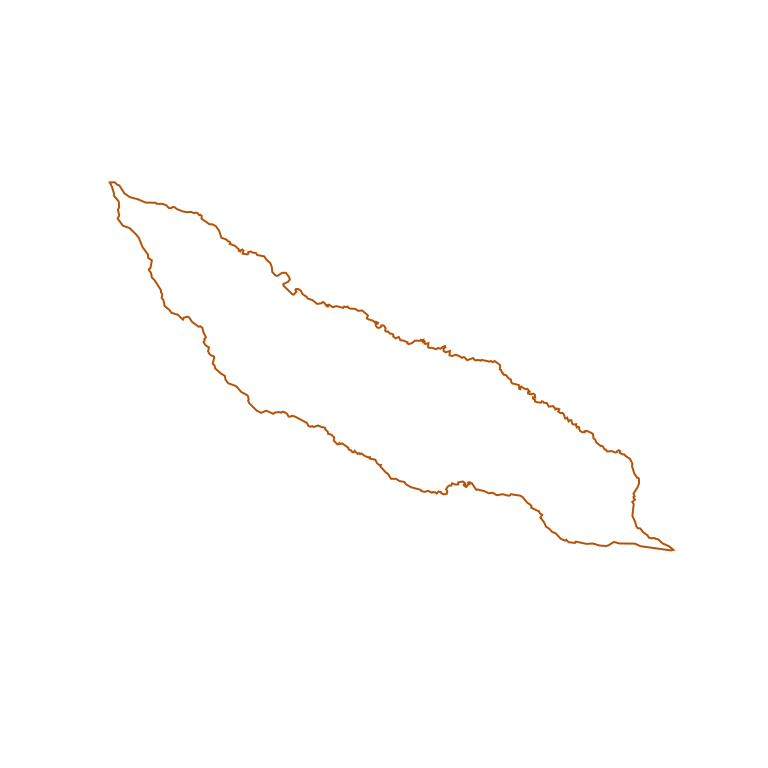 Campos de Júlio, Mato Grosso, Brazil (Robinson projection), rotated 293°
{"feature_id": "56859067B17254168333074", "entity_name": "Campos de Júlio", "entity_type": "district", "adm_level": 2, "iso_a3": "BRA", "parent_name": "Brazil", "parent_adm1": "Mato Grosso", "projection": "robinson", "projection_center": [-59.168, -13.576], "detail": "fine", "context": "isolated", "style": "outline", "palette": "amber", "viewbox_px": 768, "rotation_deg": 293, "n_neighbors": 0, "source": "geoboundaries", "source_scale": "gbopen_adm2", "svg_char_len": 6134}
<svg xmlns="http://www.w3.org/2000/svg" viewBox="0 0 768 768"><g transform="rotate(293 384 384)"><path d="M428.0,535.7L426.9,531.4L427.2,529.7L428.2,529.3L428.8,526.9L430.0,526.4L430.7,528.4L433.2,526.9L433.5,525.2L431.9,523.6L431.5,520.3L432.9,519.8L433.8,521.1L435.6,517.9L434.7,517.0L434.5,515.6L435.3,511.3L434.3,510.6L432.5,511.6L432.3,510.5L435.7,508.5L434.7,501.8L435.2,500.6L437.6,499.2L437.9,496.4L439.8,493.0L439.3,490.3L440.4,489.6L440.6,488.1L442.6,486.3L442.7,484.9L446.0,484.0L447.0,482.8L448.4,476.9L446.6,475.9L447.0,473.3L445.8,472.4L444.4,464.4L443.2,463.9L443.0,461.4L441.6,459.1L441.6,457.8L442.7,455.9L438.4,451.2L440.0,447.7L439.7,446.4L438.6,445.7L439.2,441.7L438.8,438.2L436.5,436.0L436.0,433.0L440.1,431.8L437.2,428.2L437.9,425.8L439.8,425.0L441.8,426.2L442.8,425.5L441.2,423.6L438.6,422.3L438.3,419.6L436.8,418.9L436.2,417.6L436.2,414.4L434.9,411.2L435.3,409.9L439.0,408.9L437.1,406.7L437.1,405.4L439.1,404.9L439.3,403.9L438.4,403.4L440.0,403.0L439.3,402.3L439.1,399.9L438.5,401.8L436.0,395.5L432.6,393.8L430.3,391.1L430.5,389.7L431.6,389.4L431.5,384.5L430.7,382.0L433.1,379.2L430.5,376.8L431.4,373.9L432.8,373.5L433.4,372.4L432.8,369.5L433.9,367.4L433.0,365.2L433.6,364.2L435.9,363.7L437.5,361.7L437.6,360.3L436.9,358.6L435.7,359.0L434.5,358.3L433.4,356.7L433.4,355.4L435.0,353.2L436.5,353.3L437.0,354.5L438.0,354.6L438.1,352.2L436.9,351.9L438.0,349.2L437.4,343.9L437.8,342.5L440.8,342.5L443.1,335.3L441.3,331.5L441.9,328.2L440.1,323.1L440.2,321.4L441.1,320.3L439.7,318.4L439.7,317.0L438.1,316.5L437.1,309.7L434.7,307.1L435.5,302.3L434.8,301.2L433.5,302.1L433.1,301.0L435.3,297.7L435.6,295.6L433.8,294.8L431.6,291.1L433.3,285.3L432.9,280.4L434.0,278.7L434.9,273.9L437.4,270.9L437.9,268.1L437.0,265.9L435.9,265.7L434.7,267.3L431.0,266.0L430.7,264.9L435.2,253.1L436.6,252.3L440.7,255.8L443.5,256.5L445.6,254.5L448.0,250.3L446.6,246.8L441.9,243.7L441.5,242.1L443.4,237.4L447.8,235.0L450.8,232.1L452.4,227.5L454.7,223.8L453.4,218.0L453.3,216.6L454.5,215.1L453.6,211.5L453.9,209.5L452.3,207.5L450.9,208.2L449.9,207.4L448.7,203.0L452.0,202.5L452.4,200.9L451.1,199.8L449.8,199.9L449.9,198.2L451.3,197.6L453.0,192.7L452.6,187.3L454.1,187.3L454.6,186.3L454.4,185.0L455.4,182.5L455.1,177.2L460.6,172.4L463.6,167.6L463.9,163.6L462.9,160.9L464.8,151.5L467.6,150.5L468.0,148.8L467.2,148.0L468.5,145.6L468.2,143.7L467.1,142.7L467.0,139.0L465.2,135.6L464.2,131.4L464.1,124.8L464.9,122.5L464.5,120.5L462.7,119.3L461.9,117.3L463.5,113.6L463.1,109.2L461.1,104.6L461.6,103.0L457.9,93.8L457.9,85.2L456.7,77.1L458.1,70.4L463.3,62.9L463.3,60.1L464.5,57.5L462.4,52.8L459.1,56.7L454.1,60.8L451.7,61.9L448.5,68.3L447.3,69.1L443.2,71.1L440.3,71.1L435.7,74.4L432.2,74.2L427.7,81.7L428.1,88.9L424.6,97.8L422.6,101.4L415.5,108.4L410.9,116.2L407.9,117.6L407.2,122.0L399.4,123.7L397.9,122.8L397.0,123.1L395.2,126.2L391.4,128.6L390.0,132.1L383.3,141.9L381.2,142.9L379.9,144.9L376.4,145.7L374.8,148.4L370.1,151.5L368.3,157.5L366.5,160.5L367.2,167.2L364.7,173.7L366.8,173.8L369.1,176.7L369.3,178.2L366.1,183.3L364.3,191.1L365.4,192.2L364.7,194.9L360.6,198.0L357.5,201.8L355.4,201.0L354.2,201.9L352.1,201.5L349.9,204.6L349.3,208.5L345.4,209.3L343.5,211.5L342.8,213.6L343.0,216.2L342.2,217.3L335.7,218.4L334.9,220.8L332.4,222.4L329.9,229.9L329.3,234.3L326.1,236.4L323.8,240.3L324.3,248.5L320.9,255.8L320.3,262.1L319.6,263.6L316.9,265.5L315.7,265.4L313.7,267.4L309.8,277.2L309.5,282.2L313.4,286.1L313.3,293.7L315.0,294.6L317.1,298.1L317.5,300.7L318.6,301.2L319.2,302.6L318.8,306.2L316.8,308.8L317.0,310.1L319.0,312.1L319.2,315.5L318.0,328.3L315.9,330.8L315.9,332.9L317.2,334.4L316.9,335.5L317.7,336.9L320.1,339.6L319.9,343.7L320.6,345.2L320.5,347.1L319.3,347.6L318.0,351.0L316.3,352.0L316.8,354.8L315.9,358.1L315.2,359.1L312.3,359.8L310.2,364.9L312.2,366.0L311.5,367.1L313.0,368.5L311.4,376.0L309.9,377.1L310.0,379.7L309.0,381.0L309.1,382.6L311.0,383.0L309.3,387.1L310.7,388.2L310.1,389.4L311.2,390.2L310.2,394.9L310.3,397.7L311.1,399.6L309.8,399.9L310.9,405.6L308.3,408.6L307.6,411.3L308.2,412.7L306.9,412.7L306.2,413.7L303.0,421.0L303.0,422.4L299.5,427.5L301.4,432.2L300.7,436.1L301.8,441.0L300.2,443.5L299.6,449.4L300.9,459.2L300.0,460.3L300.6,463.6L303.0,466.5L302.6,470.6L303.7,471.2L304.3,473.5L303.8,475.4L306.3,476.1L306.7,479.1L305.8,479.6L305.7,481.9L307.3,484.6L310.0,484.2L311.3,482.3L314.7,482.9L316.2,483.8L316.6,485.5L319.3,485.6L319.3,488.6L320.5,491.6L322.4,490.8L325.1,494.7L324.2,497.8L323.2,498.1L323.2,497.0L322.0,496.9L321.4,498.7L321.4,500.1L324.3,500.5L325.0,501.7L326.2,500.1L327.0,500.8L327.0,503.6L322.6,510.2L323.5,511.3L324.6,519.0L324.3,523.1L326.4,526.5L325.7,531.3L329.0,536.4L329.7,542.0L330.5,543.3L332.1,543.8L334.4,552.9L334.1,555.8L330.8,562.0L330.1,565.8L329.3,567.4L327.6,567.9L327.3,576.6L325.8,578.0L325.4,580.8L322.1,580.1L319.5,585.0L315.9,589.0L315.4,592.5L313.5,596.7L313.7,600.3L310.7,606.9L310.5,611.1L310.8,612.2L311.8,612.7L310.5,615.7L312.3,621.8L313.9,622.1L315.9,632.7L318.8,638.7L319.5,645.4L321.6,651.6L323.0,653.5L328.5,657.4L329.1,662.7L335.1,677.4L334.9,683.3L342.9,713.1L344.4,715.2L346.0,709.8L346.1,703.0L348.2,696.8L347.6,695.2L347.9,693.2L346.4,690.2L346.1,687.9L347.7,685.5L348.9,680.4L351.2,676.2L350.4,673.9L351.5,672.0L355.2,669.1L359.6,664.2L370.9,660.8L372.6,658.6L375.6,660.2L376.5,658.4L377.6,657.8L378.6,658.5L380.6,656.5L388.1,657.8L392.3,657.6L396.3,655.7L397.0,654.7L396.6,653.6L399.3,649.5L405.2,644.4L407.8,643.7L411.2,639.7L412.1,634.6L413.1,632.7L412.5,631.4L412.7,627.9L414.5,627.4L414.8,626.2L413.7,625.0L412.2,625.0L411.2,623.3L411.3,620.0L409.2,616.1L409.4,614.9L410.3,614.2L410.0,612.6L411.9,610.0L412.2,608.6L411.6,607.8L413.2,602.2L415.1,600.4L415.9,598.0L419.4,596.1L420.0,594.4L420.1,589.0L418.9,587.1L418.0,587.6L417.1,585.6L417.4,582.9L419.3,580.8L420.4,580.6L420.4,579.1L419.4,578.5L420.6,577.1L422.1,576.6L420.7,574.1L421.0,572.7L423.9,570.6L423.4,569.3L421.7,568.5L424.5,565.8L423.4,565.3L423.1,564.1L426.1,561.7L427.2,559.5L426.2,557.9L426.6,555.2L429.2,555.3L429.3,553.7L427.6,551.8L428.6,551.5L428.4,550.5L429.8,548.6L427.6,544.5L430.0,541.5L429.3,538.5L429.9,537.4L429.8,536.1L428.0,535.7Z" fill="none" stroke="#b45309" stroke-width="2"/></g></svg>